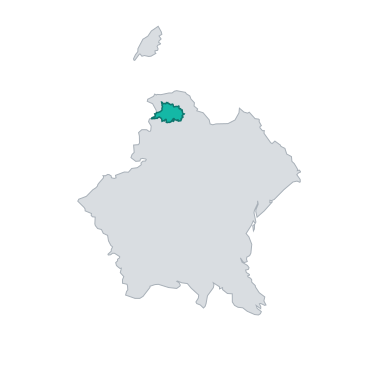 Alpes-de-Haute-Provence on a map of France (orthographic projection), rotated 212°
{"feature_id": "FRA-5265", "entity_name": "Alpes-de-Haute-Provence", "entity_type": "Metropolitan department", "adm_level": 1, "iso_a3": "FRA", "parent_name": "France", "parent_adm1": "", "projection": "orthographic", "projection_center": [6.23, 44.166], "detail": "fine", "context": "in_parent", "style": "filled", "palette": "teal", "viewbox_px": 384, "rotation_deg": 212, "n_neighbors": 0, "source": "natural_earth", "source_scale": "10m", "svg_char_len": 6005}
<svg xmlns="http://www.w3.org/2000/svg" viewBox="0 0 384 384"><g transform="rotate(212 192 192)"><path d="M276.1,158.7L274.0,159.9L272.8,162.2L271.5,162.8L269.1,162.8L267.9,161.4L265.1,162.3L263.9,163.8L265.7,165.6L260.0,173.1L256.4,175.1L255.6,180.0L251.3,183.6L249.7,187.5L249.5,188.3L250.6,189.5L250.1,192.0L247.9,193.6L247.9,195.2L248.6,195.5L251.9,194.2L253.2,192.7L252.6,190.7L255.9,188.2L262.0,188.8L262.7,192.1L262.0,194.9L266.4,200.9L262.6,203.7L262.4,205.6L266.3,211.6L268.8,214.1L267.6,218.2L263.4,220.8L260.7,220.6L259.6,221.3L259.7,222.6L261.6,226.3L266.1,228.6L266.8,231.4L265.6,232.4L263.5,236.6L264.4,238.7L264.1,239.6L264.6,241.0L265.8,242.4L272.2,246.0L278.0,245.2L278.7,247.2L275.3,252.8L275.5,255.3L273.7,255.3L273.4,256.2L269.9,258.1L264.1,263.7L261.4,265.4L260.3,268.2L258.7,269.8L250.4,273.0L248.8,272.3L244.7,272.3L242.2,270.3L237.3,269.0L235.8,266.0L231.2,265.4L231.0,263.4L224.6,265.1L215.7,262.3L212.7,259.3L210.0,260.0L207.7,262.5L197.8,269.0L193.7,275.8L194.1,284.0L196.2,288.2L190.3,287.3L186.7,288.3L185.7,290.0L177.4,287.6L174.2,289.1L173.3,289.0L172.3,287.2L168.3,285.0L169.0,283.7L168.5,282.5L164.7,281.3L163.3,282.4L162.0,279.9L151.4,275.5L149.7,275.5L148.7,279.1L141.8,278.6L140.8,277.8L136.3,278.2L131.8,274.4L126.4,274.7L123.5,270.9L120.4,270.3L116.1,268.1L114.2,267.0L114.0,265.9L112.6,267.4L111.0,266.9L110.6,266.4L111.9,264.5L112.3,262.2L107.0,260.0L105.7,258.2L105.7,257.4L108.7,256.9L111.7,254.0L115.3,242.7L118.3,229.3L119.9,226.9L121.6,226.3L120.4,224.3L118.6,226.6L120.7,214.3L123.5,205.1L127.6,209.3L128.5,211.1L129.4,216.8L131.7,219.3L130.2,216.9L129.3,209.4L128.4,207.2L121.9,200.4L121.8,198.9L124.8,200.0L124.0,195.2L124.1,185.4L120.0,184.1L113.6,179.3L109.7,171.4L109.4,168.6L111.0,165.8L110.1,163.8L108.3,162.3L110.1,160.0L111.5,159.8L116.1,161.8L112.4,159.0L106.0,159.1L103.5,158.0L103.2,156.2L105.2,154.2L103.2,152.5L99.6,152.5L99.2,151.8L100.4,150.3L99.6,149.7L96.6,149.9L94.9,149.2L93.6,147.2L88.8,146.2L87.9,145.1L81.6,142.2L74.7,141.6L73.3,137.7L69.4,135.4L70.3,134.4L74.7,133.9L75.6,132.9L72.8,131.1L71.9,129.4L77.5,129.8L75.2,127.9L69.8,127.3L69.5,125.0L70.5,122.9L73.9,121.3L81.9,120.1L87.6,120.7L91.9,118.6L95.9,118.4L99.5,120.1L103.9,127.0L108.2,124.7L114.3,125.4L115.4,127.1L117.3,124.4L118.5,126.2L125.9,126.3L124.3,125.0L123.2,122.2L123.9,112.2L120.9,104.7L120.3,101.9L120.8,99.7L125.1,100.6L128.8,99.9L130.4,100.8L130.4,105.4L131.7,108.2L141.7,110.0L147.4,111.9L152.5,109.6L157.2,108.8L157.6,108.2L154.9,108.2L152.6,106.9L152.4,105.7L153.9,102.1L161.2,98.6L171.6,95.9L174.4,93.8L177.7,89.8L177.1,88.8L178.2,77.6L179.9,74.1L183.9,71.6L193.7,69.4L194.8,73.0L194.6,75.0L197.0,78.3L198.3,79.3L202.6,77.8L204.5,80.8L205.0,84.1L210.1,85.6L211.5,90.0L212.5,89.0L215.7,89.3L217.2,89.7L219.3,91.7L218.6,94.2L219.5,95.5L218.5,97.8L219.1,98.9L225.1,99.0L226.9,98.0L227.8,95.6L229.6,94.2L230.3,94.7L229.1,99.1L229.9,100.2L230.3,103.4L232.5,103.7L236.9,106.3L240.6,110.5L245.3,109.9L248.9,112.2L252.7,111.0L256.2,112.3L257.5,113.5L260.8,119.4L263.4,118.2L265.2,118.8L265.8,120.5L272.6,119.4L273.9,121.1L275.3,121.7L284.0,123.7L284.2,125.9L279.3,132.3L277.3,141.3L275.8,144.5L275.3,146.8L275.8,148.4L275.6,150.8L274.6,156.7L275.2,158.3L276.1,158.7ZM312.7,278.5L312.3,282.3L313.8,284.9L314.6,295.5L312.0,300.8L311.8,307.0L308.5,314.6L302.9,311.5L301.1,309.7L302.6,306.8L299.3,305.4L300.0,302.6L299.6,301.2L297.4,301.2L297.3,300.4L298.8,298.3L298.8,297.0L296.6,295.4L296.2,293.9L298.2,292.2L297.2,290.7L296.1,290.4L298.7,285.5L300.5,284.0L304.7,282.5L306.4,280.6L309.2,281.5L309.7,281.0L310.3,273.3L311.3,273.1L312.2,274.1L312.7,278.5ZM122.6,195.6L121.8,197.8L119.5,193.7L119.3,191.6L122.6,195.6Z" fill="#d9dde1" stroke="#a8b0b8" stroke-width="1"/><path d="M265.2,232.9L265.1,233.2L265.3,233.7L265.1,233.9L264.5,235.0L263.6,235.7L263.4,236.0L263.4,236.8L263.8,237.5L264.4,238.1L264.9,238.5L264.3,238.8L264.1,239.1L264.0,239.8L264.0,240.0L264.0,240.4L264.1,240.5L263.8,240.9L263.1,241.2L262.8,241.5L262.2,242.4L261.8,242.9L261.5,243.3L261.0,244.8L260.9,245.7L261.3,246.4L261.8,247.0L262.0,247.7L262.1,248.6L262.5,249.0L263.2,249.4L263.9,250.6L264.9,251.5L265.4,252.1L264.8,252.2L264.5,252.2L263.6,251.7L263.4,251.7L263.0,251.7L262.8,251.9L262.4,252.4L262.1,252.6L261.3,252.7L261.2,252.8L261.0,253.0L260.9,253.2L260.9,253.5L261.1,254.1L261.1,254.3L260.9,254.5L260.5,254.6L260.1,254.7L259.9,254.9L259.5,254.4L259.1,254.5L258.7,254.7L258.3,254.8L258.2,254.8L258.0,254.6L257.8,254.5L257.7,254.5L257.3,254.7L257.0,254.8L256.4,254.7L256.1,254.8L255.8,255.1L255.6,255.7L255.3,256.1L254.7,256.2L254.2,255.9L253.1,254.8L252.7,254.6L252.2,254.8L250.8,256.2L249.6,256.7L249.2,257.2L248.9,257.8L248.5,257.8L248.1,257.0L247.8,256.7L247.6,256.5L247.2,256.0L247.0,255.9L246.6,255.9L246.5,256.1L246.4,256.3L246.1,256.5L245.6,256.5L244.2,255.7L243.9,256.2L243.8,256.3L242.1,254.3L241.2,253.7L240.0,254.1L240.0,253.6L240.7,252.3L240.8,251.9L240.8,251.5L240.6,251.1L240.3,251.0L239.7,251.0L239.5,250.9L239.3,250.6L239.4,250.3L239.9,249.0L240.0,248.6L240.0,248.3L239.9,248.0L239.6,247.8L239.4,247.8L239.3,246.4L239.9,246.1L240.4,245.6L240.7,245.2L240.9,245.0L241.1,245.0L241.6,245.0L241.8,245.2L241.8,245.3L241.9,245.5L242.0,245.6L242.2,245.8L242.3,245.7L242.3,245.0L242.5,244.7L243.0,244.8L244.8,244.2L245.2,244.3L245.9,244.7L246.3,244.7L246.5,244.5L246.3,244.2L245.6,243.3L245.2,242.9L245.1,242.6L245.3,242.0L245.9,242.1L246.8,242.8L246.8,242.2L246.9,241.8L246.8,241.7L246.6,241.6L246.6,241.3L246.7,241.0L246.8,240.8L247.0,240.6L247.2,240.4L247.5,239.6L247.7,239.3L248.0,239.1L248.6,238.8L248.9,238.6L249.7,237.8L250.0,237.6L250.3,237.6L250.5,237.6L250.8,237.6L250.8,237.9L251.2,238.4L251.3,238.6L251.6,238.8L252.2,239.7L252.6,239.8L253.0,239.4L253.2,238.9L253.2,238.3L253.0,237.8L253.7,237.5L254.2,237.1L254.9,236.1L256.1,237.5L256.8,238.0L257.6,238.2L259.4,238.3L259.7,238.1L260.0,237.4L260.4,236.8L260.5,236.6L260.5,236.0L260.6,235.9L261.2,235.8L262.6,234.4L264.0,233.6L264.6,233.0L264.8,232.8L265.2,232.9Z" fill="#14b8a6" stroke="#0f766e" stroke-width="1.5"/></g></svg>